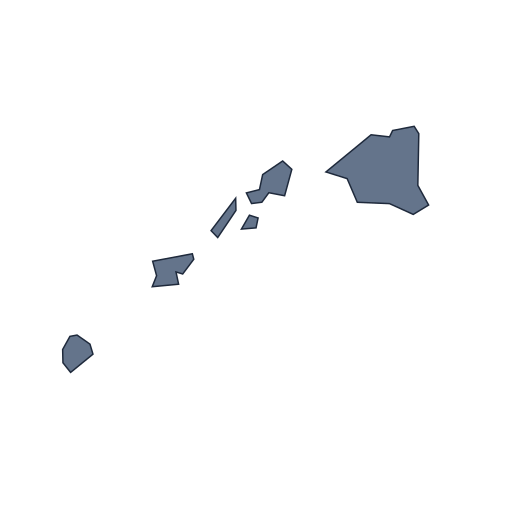 outline of Hawaii, rotated 296°
{"feature_id": "USA-3517", "entity_name": "Hawaii", "entity_type": "State", "adm_level": 1, "iso_a3": "USA", "parent_name": "United States of America", "parent_adm1": "", "projection": "mercator", "projection_center": [-158.302, 23.654], "detail": "coarse", "context": "isolated", "style": "filled", "palette": "slate", "viewbox_px": 512, "rotation_deg": 296, "n_neighbors": 0, "source": "natural_earth", "source_scale": "10m", "svg_char_len": 772}
<svg xmlns="http://www.w3.org/2000/svg" viewBox="0 0 512 512"><g transform="rotate(296 256 256)"><path d="M428.7,323.8L441.9,341.3L437.3,348.7L390.4,370.5L377.5,388.8L362.3,379.1L361.6,353.0L348.7,323.5L365.5,304.0L362.2,282.0L415.4,306.3L421.6,323.8L428.7,323.8ZM353.1,238.3L349.6,250.2L322.7,255.3L318.5,239.8L306.9,237.7L301.2,229.0L308.5,219.7L317.2,230.0L332.1,226.3L353.1,238.3ZM206.0,165.4L230.1,197.8L225.8,201.5L207.7,198.0L206.6,191.1L196.7,198.8L182.9,176.2L194.7,175.3L206.0,165.4ZM106.5,129.8L104.0,145.4L96.3,152.5L70.1,140.4L75.4,129.3L87.2,123.2L102.2,124.0L106.5,129.8ZM259.1,204.5L299.0,212.4L288.2,218.0L255.8,213.5L259.1,204.5ZM289.8,232.2L291.1,241.2L281.3,243.7L273.8,231.1L289.8,232.2Z" fill="#64748b" stroke="#1e293b" stroke-width="1.5"/></g></svg>